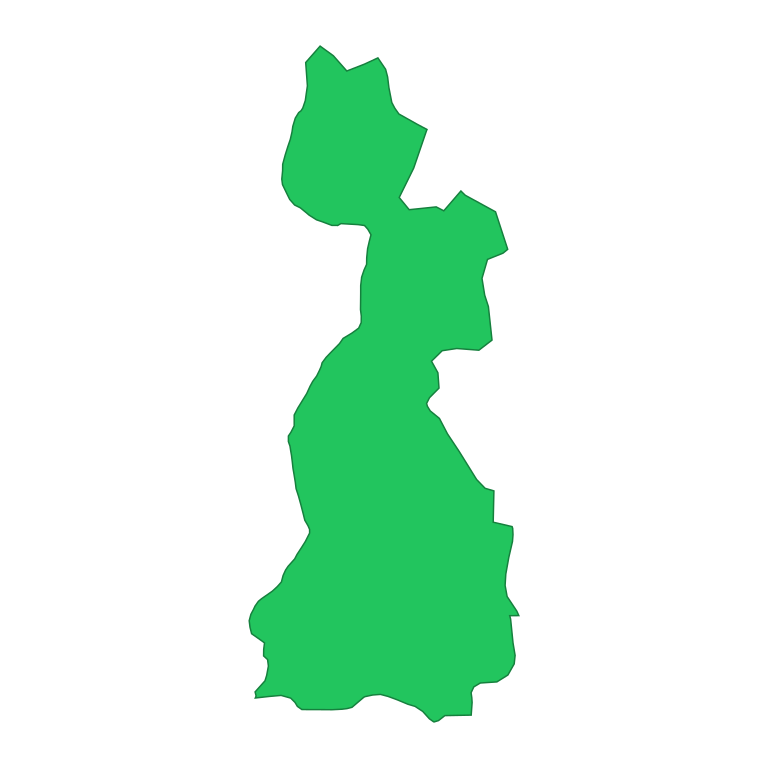 Ipokia, Ogun, Nigeria
{"feature_id": "59680162B19485775159758", "entity_name": "Ipokia", "entity_type": "district", "adm_level": 2, "iso_a3": "NGA", "parent_name": "Nigeria", "parent_adm1": "Ogun", "projection": "robinson", "projection_center": [2.781, 6.657], "detail": "fine", "context": "isolated", "style": "filled", "palette": "green", "viewbox_px": 768, "rotation_deg": 0, "n_neighbors": 0, "source": "geoboundaries", "source_scale": "gbopen_adm2", "svg_char_len": 2761}
<svg xmlns="http://www.w3.org/2000/svg" viewBox="0 0 768 768"><path d="M427.0,129.5L416.7,124.0L398.9,114.0L394.8,108.2L391.8,102.5L388.9,87.6L387.6,76.9L385.6,69.3L377.9,57.9L364.3,64.2L346.8,71.0L333.4,55.8L320.1,46.1L305.7,62.5L307.4,85.9L306.2,94.1L305.3,100.6L302.8,108.0L301.1,110.7L298.7,112.6L295.3,118.1L292.8,126.4L292.0,132.0L290.3,139.4L287.8,146.7L285.2,155.0L282.7,164.3L282.6,170.8L281.8,179.1L282.5,184.6L286.5,192.9L289.7,199.4L294.6,205.0L300.3,207.8L305.9,212.4L309.2,215.2L316.5,219.8L322.1,221.7L331.9,225.4L336.9,225.4L337.6,225.5L340.9,223.6L358.0,224.6L364.5,225.5L367.8,229.2L371.0,234.8L369.3,241.3L367.6,248.7L366.7,257.9L366.6,264.4L364.1,269.9L361.6,277.3L361.5,278.6L360.7,285.6L360.7,293.0L360.6,302.2L360.5,309.6L361.3,316.1L361.2,322.6L358.7,328.1L351.9,333.1L343.1,338.4L339.5,343.6L334.5,348.7L330.0,353.3L326.1,357.4L322.1,362.8L321.2,366.4L319.5,370.3L316.7,376.0L313.2,380.7L312.6,381.6L310.1,386.2L306.7,393.6L302.5,400.4L297.9,407.9L294.2,415.0L294.2,425.9L290.9,432.3L288.4,436.0L288.4,439.9L288.4,441.6L290.0,446.2L290.7,450.8L291.5,455.4L292.3,461.9L293.0,468.4L293.8,473.0L295.3,482.2L296.1,488.7L298.5,496.1L300.8,504.4L303.2,513.7L304.8,520.2L308.0,525.7L309.6,529.4L309.6,533.1L305.4,541.4L301.3,547.9L297.1,554.3L294.7,558.9L291.4,562.6L288.1,566.3L285.6,570.0L283.1,575.5L281.4,582.0L277.3,586.6L272.3,591.2L261.7,598.6L258.4,601.3L255.1,606.0L253.4,609.6L250.9,614.3L249.2,620.7L250.0,627.2L251.6,633.7L262.1,641.1L264.5,642.9L263.7,649.4L263.6,655.9L267.6,659.6L268.4,666.1L267.6,670.4L266.7,675.3L265.0,680.8L261.7,684.5L257.6,689.1L255.1,691.9L256.1,696.0L255.3,698.0L268.7,696.5L281.1,695.4L290.7,698.1L293.6,701.0L295.0,702.4L297.4,706.4L301.8,709.5L310.0,709.6L318.9,709.6L332.1,709.7L342.1,709.2L347.0,708.6L352.0,707.3L362.8,698.1L363.7,697.4L364.5,696.8L365.7,696.5L372.7,695.0L380.5,694.4L388.0,696.4L395.1,699.0L397.5,699.9L407.8,704.2L415.1,706.4L422.7,711.4L429.4,718.8L433.6,721.8L434.2,721.9L438.5,720.6L444.5,715.9L444.9,715.6L471.2,715.1L472.1,702.5L471.8,697.7L471.1,692.7L473.8,686.9L480.3,683.0L496.9,681.9L507.9,675.0L514.2,663.9L515.1,655.4L513.0,642.8L511.2,624.9L510.6,619.0L509.7,615.7L518.8,615.6L516.8,611.1L507.1,596.5L505.1,585.4L505.8,574.1L508.8,557.4L512.5,541.4L513.0,534.7L512.7,528.4L512.1,526.6L493.2,522.2L493.9,490.9L485.1,488.3L476.6,479.5L468.1,465.8L459.2,451.5L447.5,433.9L439.4,418.4L430.2,410.9L427.4,406.3L426.6,403.4L429.5,397.7L439.0,388.1L437.9,372.8L431.5,361.2L442.2,350.7L456.7,348.5L478.9,350.2L492.0,340.1L488.4,306.6L484.7,295.2L482.0,278.4L487.5,259.4L503.1,253.1L507.7,249.3L495.5,211.8L465.3,195.3L460.9,191.0L443.8,210.8L436.2,206.9L409.2,209.7L399.2,197.5L413.7,168.1L426.4,131.0L427.0,129.5Z" fill="#22c55e" stroke="#15803d" stroke-width="1.5"/></svg>